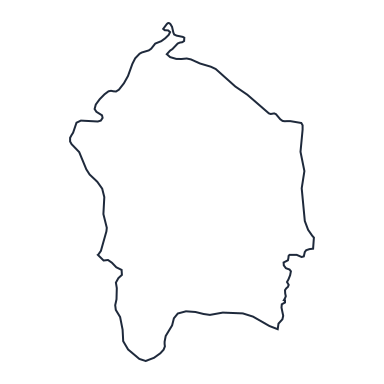 Kossi, Robinson projection
{"feature_id": "BFA-2802", "entity_name": "Kossi", "entity_type": "Province", "adm_level": 1, "iso_a3": "BFA", "parent_name": "Burkina Faso", "parent_adm1": "", "projection": "robinson", "projection_center": [-3.893, 12.938], "detail": "fine", "context": "isolated", "style": "outline", "palette": "slate", "viewbox_px": 384, "rotation_deg": 0, "n_neighbors": 0, "source": "natural_earth", "source_scale": "10m", "svg_char_len": 2083}
<svg xmlns="http://www.w3.org/2000/svg" viewBox="0 0 384 384"><path d="M168.5,23.0L169.5,23.3L170.5,24.2L171.7,26.3L172.0,26.7L173.4,32.7L174.2,34.5L176.5,35.6L182.8,36.9L184.3,37.7L184.1,41.0L182.3,42.2L179.8,42.6L177.7,43.5L172.4,49.1L170.1,50.6L166.8,54.2L170.1,57.1L176.2,58.9L181.4,59.0L186.7,58.5L190.9,59.4L200.0,63.5L210.8,66.7L215.7,69.0L235.3,86.5L247.3,94.7L268.9,113.4L270.7,114.0L274.2,113.4L276.0,114.2L280.2,119.2L282.5,120.9L284.3,121.2L290.2,121.1L301.3,123.0L302.6,125.3L302.6,129.7L300.5,151.8L304.4,171.1L301.7,188.3L304.8,221.0L308.1,229.8L312.2,235.7L313.9,237.6L313.1,248.7L309.5,249.1L306.2,250.2L304.8,252.0L303.8,256.4L301.6,257.0L296.8,254.9L289.5,254.9L288.6,255.9L288.4,258.1L287.9,260.3L283.6,262.5L283.8,265.4L285.9,268.2L289.5,269.5L290.9,271.3L290.1,275.3L288.4,279.5L287.0,282.0L288.7,284.9L287.9,286.9L286.2,288.4L285.0,290.2L285.2,293.5L285.8,296.2L285.1,298.0L283.9,300.2L285.0,300.4L285.0,302.5L281.8,304.3L281.5,307.6L283.2,315.8L282.4,319.3L278.5,323.6L277.7,329.2L269.4,326.0L253.0,316.6L242.8,313.4L222.8,312.6L209.9,314.9L203.6,314.0L195.5,312.0L186.0,311.3L177.8,313.5L173.9,318.3L172.1,325.4L165.7,336.0L164.6,341.7L164.6,344.0L164.9,346.4L163.6,349.7L160.3,353.3L154.0,357.8L145.6,361.0L139.3,358.9L128.1,349.5L123.2,341.2L122.6,329.7L120.1,317.0L115.8,309.9L115.2,305.2L116.5,299.3L116.8,288.1L115.9,282.6L118.4,278.1L121.9,274.9L121.6,269.9L116.3,267.3L111.9,262.7L108.0,260.0L103.6,260.5L97.9,254.9L98.3,254.6L100.9,250.9L106.4,231.4L106.8,227.8L103.4,214.1L104.3,197.1L102.2,188.7L97.3,181.8L89.6,174.5L86.3,169.3L79.2,152.1L71.6,144.2L70.1,141.5L70.1,137.8L71.5,135.2L73.1,132.7L76.5,122.7L80.9,120.6L97.8,121.5L100.8,120.6L102.6,117.9L102.0,115.3L96.4,111.8L94.6,109.0L95.8,104.5L99.7,99.2L104.5,94.3L108.5,91.3L111.0,90.8L113.5,91.3L116.0,91.5L118.9,89.7L123.9,83.3L128.0,76.0L132.4,63.8L135.2,58.3L139.6,53.7L141.8,52.5L148.8,50.4L151.2,48.7L155.2,43.6L158.4,42.3L161.2,41.2L165.2,38.3L168.7,34.9L170.1,32.1L168.1,30.4L164.7,30.2L163.2,28.9L166.7,24.2L167.6,23.3L168.5,23.0Z" fill="none" stroke="#1e293b" stroke-width="2"/></svg>